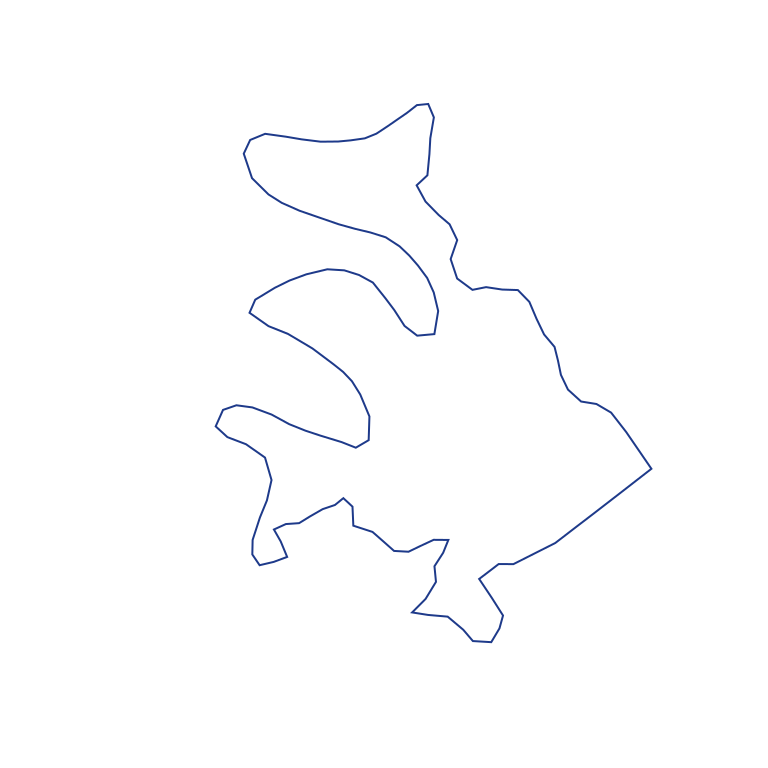 outline of Nova Erechim, Santa Catarina, Brazil, rotated 152°
{"feature_id": "56859067B80560515597810", "entity_name": "Nova Erechim", "entity_type": "district", "adm_level": 2, "iso_a3": "BRA", "parent_name": "Brazil", "parent_adm1": "Santa Catarina", "projection": "robinson", "projection_center": [-52.9, -26.913], "detail": "fine", "context": "isolated", "style": "outline", "palette": "blue", "viewbox_px": 768, "rotation_deg": 152, "n_neighbors": 0, "source": "geoboundaries", "source_scale": "gbopen_adm2", "svg_char_len": 1858}
<svg xmlns="http://www.w3.org/2000/svg" viewBox="0 0 768 768"><g transform="rotate(152 384 384)"><path d="M354.5,648.4L371.5,660.7L387.6,662.3L399.7,653.2L403.9,627.7L397.0,605.6L389.2,591.9L377.2,576.6L362.5,560.8L349.0,546.3L336.8,534.7L324.9,524.2L313.6,512.7L305.6,498.2L301.4,485.6L298.4,472.7L296.1,457.3L297.1,441.5L301.9,423.0L316.1,404.4L332.0,411.1L338.6,425.6L340.2,444.4L342.5,459.0L346.2,478.8L354.9,492.0L365.7,503.0L380.2,511.9L401.1,517.3L418.8,519.7L435.1,520.2L458.1,518.9L469.3,510.0L458.8,489.3L445.2,473.2L430.5,449.0L419.3,425.1L414.4,413.8L411.0,401.5L409.9,385.9L412.1,362.2L423.9,341.6L438.8,341.0L448.7,352.6L464.5,368.4L475.3,379.7L486.6,393.1L497.6,409.8L511.2,425.1L524.3,434.5L538.3,436.7L552.5,425.6L547.2,410.6L534.1,395.6L523.6,374.9L528.4,352.0L542.0,336.2L556.2,324.4L564.9,316.0L573.2,308.0L580.3,295.3L578.9,282.4L564.9,278.7L550.7,276.8L549.1,293.5L549.5,307.2L536.4,306.4L524.3,301.0L511.9,301.8L496.9,302.3L484.1,300.2L473.5,302.3L469.4,290.5L477.6,273.3L463.6,258.8L458.1,244.3L453.5,231.9L441.1,224.4L428.2,223.9L413.3,223.1L400.4,216.1L411.0,207.2L425.0,199.4L431.0,184.9L448.2,174.7L466.4,169.1L453.5,159.4L437.0,148.7L429.4,129.8L426.2,115.3L410.5,105.7L396.8,114.0L387.6,123.7L389.2,144.4L391.5,167.2L378.6,169.3L367.3,171.2L354.3,164.2L307.4,163.2L280.7,167.7L259.6,171.2L226.3,176.9L187.7,183.6L192.7,227.9L196.9,252.1L205.8,266.6L218.2,276.0L224.2,292.7L223.5,309.0L219.4,323.0L216.0,336.7L219.4,352.6L218.7,370.0L217.1,388.3L221.7,404.1L235.3,411.9L248.4,421.6L261.7,425.6L269.9,442.8L266.5,463.0L251.8,476.7L251.1,494.2L256.4,507.6L261.7,525.6L261.9,544.1L247.7,547.9L236.0,565.6L227.7,579.3L214.8,596.0L213.5,610.5L224.0,614.8L236.4,612.6L247.7,611.3L259.6,609.9L273.2,608.6L285.6,609.9L299.1,614.8L310.6,619.6L326.2,627.7L341.9,638.7L354.5,648.4Z" fill="none" stroke="#1e3a8a" stroke-width="2"/></g></svg>